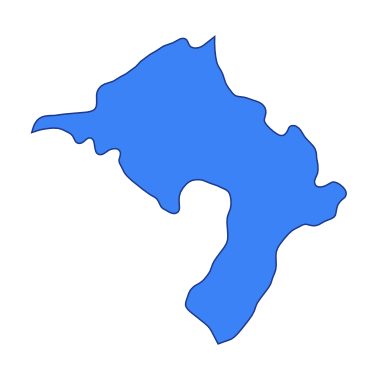 Castañuela, Monte Cristi, Dominican Republic, rotated 174°
{"feature_id": "3306468B38935954737927", "entity_name": "Castañuela", "entity_type": "district", "adm_level": 2, "iso_a3": "DOM", "parent_name": "Dominican Republic", "parent_adm1": "Monte Cristi", "projection": "albers", "projection_center": [-71.49, 19.73], "detail": "fine", "context": "isolated", "style": "filled", "palette": "blue", "viewbox_px": 384, "rotation_deg": 174, "n_neighbors": 0, "source": "geoboundaries", "source_scale": "gbopen_adm2", "svg_char_len": 3739}
<svg xmlns="http://www.w3.org/2000/svg" viewBox="0 0 384 384"><g transform="rotate(174 192 192)"><path d="M181.9,38.2L169.3,41.3L167.9,41.8L165.1,43.4L161.3,46.4L156.5,51.0L149.6,58.1L145.3,63.0L142.6,67.0L140.1,72.4L138.5,75.0L135.5,78.6L126.8,87.9L124.8,90.3L123.1,92.9L120.7,98.4L118.0,103.4L116.9,106.0L115.9,110.6L115.2,119.9L114.6,123.0L114.1,124.4L112.7,127.2L110.9,129.8L107.7,133.3L104.3,136.7L100.7,140.0L97.0,142.8L94.3,144.2L85.5,147.7L83.0,148.1L81.9,148.0L76.2,146.0L73.4,145.6L71.9,145.7L69.2,146.3L63.0,149.0L56.2,150.9L53.8,152.0L52.8,152.8L51.9,153.9L51.4,155.1L49.4,161.6L48.2,164.1L45.6,167.1L43.7,168.6L40.7,170.6L39.9,171.6L39.2,172.8L38.9,174.1L38.8,175.5L39.1,176.9L39.6,178.3L41.2,180.9L44.3,184.1L46.8,185.9L48.1,186.5L49.4,187.0L50.9,187.2L52.1,187.0L59.0,184.1L63.0,183.5L65.6,183.8L66.8,184.3L67.9,185.2L68.7,186.4L69.0,187.7L69.1,189.0L68.9,190.3L67.9,192.6L65.4,197.1L64.9,198.5L64.3,201.5L64.0,206.0L64.5,212.8L64.3,216.5L64.5,219.3L65.2,222.2L66.6,225.0L72.4,232.6L74.2,235.2L77.4,241.9L79.0,244.2L80.9,246.0L82.1,246.8L83.3,247.3L84.6,247.5L85.9,247.5L87.2,247.2L88.2,246.6L89.0,245.7L90.6,242.9L92.0,241.1L93.7,239.6L94.8,239.0L96.1,238.8L97.5,238.9L98.8,239.2L101.2,240.7L104.6,243.6L107.8,247.0L110.6,250.6L112.0,253.1L112.4,254.4L112.6,255.7L112.4,256.9L110.4,262.4L110.1,265.2L110.6,268.0L111.2,269.3L112.8,271.7L114.9,273.5L116.0,274.3L127.7,279.8L130.3,280.8L135.9,282.1L138.4,283.1L139.5,283.9L141.3,285.9L144.8,291.7L146.7,295.5L147.5,298.4L149.1,305.9L150.0,308.6L153.0,315.1L153.8,318.4L154.3,323.5L154.4,330.5L154.0,337.4L153.2,344.2L165.1,336.7L167.7,335.5L170.6,334.8L173.4,334.8L174.8,335.0L177.3,336.0L178.3,336.8L179.5,338.7L180.5,341.8L181.4,343.8L182.2,344.6L183.2,345.3L184.4,345.6L185.6,345.8L188.1,345.4L195.3,342.4L202.6,340.7L205.6,339.8L213.2,335.9L218.7,333.5L221.2,332.1L229.3,327.3L234.8,322.5L245.5,316.3L251.0,314.1L258.7,310.4L267.4,308.5L270.2,307.4L271.4,306.7L272.5,305.8L274.5,303.8L275.9,301.4L276.8,298.3L277.5,290.5L278.1,287.6L278.7,286.3L279.6,285.1L280.7,284.1L282.1,283.4L285.0,282.7L288.2,282.4L310.8,282.8L320.4,282.5L326.0,282.9L330.5,282.8L333.6,282.2L336.4,281.0L338.7,279.3L341.5,275.9L343.0,273.1L345.2,267.9L337.2,269.6L332.0,270.1L326.8,270.2L323.3,270.1L318.3,269.3L316.7,268.7L314.1,267.5L308.3,263.8L306.3,262.2L304.8,260.2L302.7,254.7L302.1,253.8L301.3,253.0L300.2,252.4L299.1,252.1L296.7,252.3L294.4,253.4L291.5,255.5L289.3,256.5L288.0,256.5L286.9,256.2L286.0,255.5L285.2,254.6L284.6,253.4L284.3,252.1L283.8,244.9L283.4,242.2L282.8,240.9L281.9,239.8L280.8,239.1L279.6,238.8L278.3,238.7L277.0,238.9L274.8,239.8L270.5,242.2L267.9,243.0L265.2,243.2L263.9,243.1L262.6,242.9L261.4,242.3L260.4,241.5L259.6,240.3L259.2,239.1L259.2,237.9L259.6,235.7L261.2,231.7L261.3,230.5L261.0,228.2L257.6,219.3L257.0,217.9L255.2,215.0L250.7,209.7L240.7,199.8L235.6,195.2L233.1,193.1L229.6,190.7L227.8,188.9L226.6,186.7L224.4,180.7L222.8,178.7L216.5,174.2L214.3,173.0L211.8,172.4L210.4,172.5L209.1,173.0L207.9,173.7L207.0,174.9L206.4,176.2L206.1,177.6L205.7,185.3L205.2,188.5L204.7,190.2L203.4,193.1L200.5,197.0L197.0,200.3L194.3,202.1L191.4,203.3L189.9,203.6L186.7,203.8L183.6,203.5L180.6,202.8L178.0,201.5L173.0,198.8L166.3,195.7L158.2,190.8L156.2,189.0L154.9,186.5L154.3,183.6L154.1,180.6L154.4,176.0L155.5,171.6L158.7,165.2L159.7,162.4L160.4,157.8L160.8,146.7L161.1,143.5L161.7,140.5L162.9,137.6L165.6,133.8L174.2,124.5L177.2,120.9L178.9,118.3L182.2,111.6L183.9,109.3L185.8,107.1L188.9,104.0L191.2,102.2L193.7,100.7L199.2,98.3L201.5,96.7L203.6,94.8L204.5,93.7L205.9,91.4L209.4,83.8L210.1,81.4L210.2,80.1L210.0,78.7L209.5,77.5L208.1,75.2L205.2,72.0L193.3,60.3L190.2,56.9L188.6,54.5L187.4,52.1L181.9,38.2Z" fill="#3b82f6" stroke="#1e3a8a" stroke-width="1.5"/></g></svg>